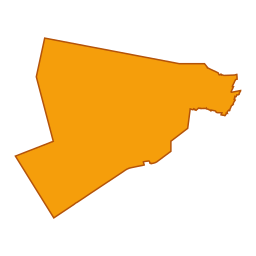 outline of Harlingen, Netherlands
{"feature_id": "6326949B40723251176643", "entity_name": "Harlingen", "entity_type": "district", "adm_level": 2, "iso_a3": "NLD", "parent_name": "Netherlands", "parent_adm1": "", "projection": "robinson", "projection_center": [5.441, 53.126], "detail": "fine", "context": "isolated", "style": "filled", "palette": "amber", "viewbox_px": 256, "rotation_deg": 0, "n_neighbors": 0, "source": "geoboundaries", "source_scale": "gbopen_adm2", "svg_char_len": 4143}
<svg xmlns="http://www.w3.org/2000/svg" viewBox="0 0 256 256"><path d="M53.8,217.9L74.7,203.9L74.8,203.7L76.1,202.8L76.7,202.5L76.8,202.5L80.0,200.4L90.4,193.4L123.5,171.4L125.5,170.0L126.0,169.7L126.4,169.5L126.9,169.2L127.5,168.9L128.1,168.7L128.4,168.5L129.2,168.2L129.8,168.0L130.4,167.9L131.1,167.7L144.2,165.0L144.2,164.8L143.3,162.1L143.3,161.9L143.5,161.8L145.3,161.4L148.7,161.0L148.8,161.0L149.2,161.2L149.4,161.4L149.7,162.3L150.0,163.2L150.6,163.1L150.8,163.1L151.1,163.7L152.8,163.3L153.8,163.1L154.4,162.9L155.1,162.7L155.7,162.4L156.3,162.1L156.9,161.8L157.4,161.4L170.9,151.3L170.9,141.2L187.7,128.3L190.2,108.9L192.5,109.7L193.0,109.5L193.6,109.5L193.8,108.8L194.8,109.3L194.5,109.6L194.4,109.7L196.1,110.3L196.3,110.1L196.4,109.9L196.7,109.7L197.0,109.4L197.4,109.2L197.5,109.1L197.7,108.9L197.8,108.8L197.9,108.6L198.5,108.1L198.9,108.2L199.0,108.2L199.6,108.2L199.9,108.2L200.0,108.2L200.0,108.3L199.9,108.4L200.1,108.5L200.6,108.5L200.9,108.5L201.0,108.4L201.3,108.4L201.4,108.5L201.6,108.6L202.3,108.5L204.0,108.4L204.0,108.5L205.5,108.4L205.9,108.4L206.2,108.4L206.3,108.4L206.3,108.5L206.4,108.3L206.5,108.5L206.4,108.6L206.2,108.7L206.2,108.8L206.3,108.9L206.9,109.0L207.1,109.0L207.3,109.0L207.5,109.1L207.8,109.2L208.0,109.3L208.3,109.3L208.7,109.5L208.8,109.6L209.0,109.8L209.4,110.0L209.5,110.0L210.0,110.0L210.4,110.1L210.5,110.2L210.5,110.3L210.4,110.5L210.5,110.6L210.6,110.8L211.0,110.9L211.4,110.4L211.5,110.3L211.5,110.1L213.7,110.6L214.3,110.7L215.1,110.9L215.3,111.0L215.5,111.1L215.7,111.3L215.8,111.4L216.1,111.9L216.1,112.1L216.2,112.3L217.2,112.6L217.7,112.7L218.1,112.7L219.8,112.7L220.9,112.8L221.9,112.8L221.6,113.5L221.3,114.1L221.0,114.8L221.3,114.9L222.6,115.2L222.8,115.1L223.8,115.3L224.0,115.4L224.9,115.7L225.3,115.3L225.3,115.2L225.5,115.0L225.5,114.9L225.6,114.7L225.6,114.4L225.9,114.2L226.1,114.1L226.3,113.9L226.5,113.7L226.7,113.4L227.0,113.4L226.9,113.3L227.0,113.3L227.2,113.2L227.2,112.8L227.1,112.5L227.2,112.4L227.3,112.1L227.3,111.9L227.4,111.7L227.5,111.6L227.8,111.2L228.2,110.7L228.4,110.5L228.5,110.4L228.6,110.2L229.1,110.3L229.4,110.5L229.6,110.6L229.7,110.4L229.6,110.2L229.7,109.9L229.8,109.9L229.8,109.7L229.9,109.4L230.0,109.3L230.0,109.1L230.2,108.6L230.4,108.2L230.5,108.1L230.5,107.9L230.7,107.5L230.8,107.4L230.9,107.1L230.9,106.9L231.5,105.7L232.0,105.4L232.4,105.2L232.5,105.1L232.4,105.1L232.5,105.0L232.6,104.7L232.9,104.5L232.9,104.4L233.0,104.4L233.4,103.3L233.4,103.2L233.5,102.9L233.6,102.7L233.9,102.0L234.6,101.0L235.0,100.4L235.2,100.0L234.5,99.8L234.2,99.6L234.1,99.4L234.3,99.1L234.4,98.9L234.5,98.7L234.7,98.4L234.8,98.1L234.5,98.0L234.6,97.7L234.8,96.7L234.9,96.8L234.9,96.7L235.3,96.7L235.6,96.6L235.8,96.6L236.1,96.6L236.7,94.9L237.2,94.9L238.0,94.9L238.1,94.7L238.3,94.6L238.6,94.4L238.8,94.3L239.0,94.3L239.0,94.2L239.2,93.9L239.3,93.5L239.3,93.4L239.4,93.1L239.5,93.0L239.5,92.8L239.6,92.5L239.7,92.4L239.7,92.2L239.8,92.1L240.0,92.0L240.1,91.9L240.2,91.6L240.4,91.3L240.6,90.9L240.6,90.5L236.7,91.3L235.9,91.4L234.7,91.7L233.5,91.9L232.5,92.1L231.6,92.2L231.5,91.9L231.1,91.8L231.6,90.7L231.7,90.4L231.8,90.3L231.9,90.0L232.3,89.3L232.2,89.3L233.5,86.6L233.2,86.5L232.4,86.6L232.4,86.4L232.5,85.9L232.6,85.7L232.8,85.2L233.0,84.8L233.3,84.3L233.3,84.2L234.0,82.9L234.2,82.5L234.4,81.9L234.6,81.5L234.9,80.9L235.0,80.7L235.3,80.2L235.5,79.8L235.6,79.7L236.1,79.4L236.5,79.3L237.1,79.2L237.0,76.5L237.0,76.4L236.9,76.1L236.9,75.9L236.9,75.7L236.9,74.7L236.8,74.4L234.7,75.0L234.3,75.0L233.0,75.1L230.1,75.2L228.7,75.3L228.4,75.3L227.9,75.3L224.8,75.4L224.6,75.4L224.2,75.4L223.8,75.4L222.6,75.0L222.3,74.9L222.2,75.0L221.8,75.0L221.7,75.1L221.4,74.9L221.3,74.7L221.3,74.4L221.2,74.2L220.7,74.2L220.6,74.3L220.4,74.3L220.2,74.6L220.1,74.8L219.9,74.8L219.4,74.8L219.2,74.9L218.8,74.4L218.3,73.1L218.2,72.9L215.4,71.5L214.8,71.2L212.7,70.3L212.2,70.0L211.7,69.8L211.0,69.5L210.0,69.0L207.8,67.9L207.6,68.0L207.3,67.8L207.2,67.7L207.2,67.3L207.2,67.2L207.3,67.2L204.5,63.7L179.3,63.7L137.2,55.7L112.0,50.9L86.7,46.1L44.7,38.1L36.3,76.8L47.0,117.4L53.3,141.3L15.4,156.1L34.4,186.7L53.8,217.9Z" fill="#f59e0b" stroke="#b45309" stroke-width="1.5"/></svg>